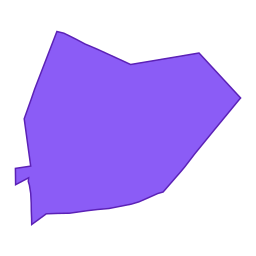 Eayoune El Atrous, Hodh el Gharbi, Mauritania (Natural Earth projection)
{"feature_id": "47542326B47795340566920", "entity_name": "Eayoune El Atrous", "entity_type": "district", "adm_level": 2, "iso_a3": "MRT", "parent_name": "Mauritania", "parent_adm1": "Hodh el Gharbi", "projection": "natural_earth1", "projection_center": [-9.445, 16.825], "detail": "fine", "context": "isolated", "style": "filled", "palette": "violet", "viewbox_px": 256, "rotation_deg": 0, "n_neighbors": 0, "source": "geoboundaries", "source_scale": "gbopen_adm2", "svg_char_len": 597}
<svg xmlns="http://www.w3.org/2000/svg" viewBox="0 0 256 256"><path d="M181.5,170.8L184.9,166.7L194.7,153.9L214.1,130.1L239.6,99.1L240.6,98.0L199.0,53.0L137.2,63.4L130.6,64.5L98.4,49.7L89.1,45.7L85.2,44.1L76.0,39.2L63.9,33.2L56.9,31.5L34.7,89.0L31.2,99.2L24.2,118.8L30.7,166.1L15.4,168.4L15.4,168.5L15.6,184.7L28.6,177.8L28.3,181.5L29.4,185.2L30.7,193.3L31.2,203.0L31.3,210.7L31.6,218.4L31.7,224.5L46.3,213.8L57.8,213.4L69.6,213.2L87.2,210.7L97.4,209.5L109.0,208.5L131.4,204.1L138.8,201.9L151.1,196.5L157.8,193.5L163.1,192.0L181.5,170.8Z" fill="#8b5cf6" stroke="#5b21b6" stroke-width="1.5"/></svg>